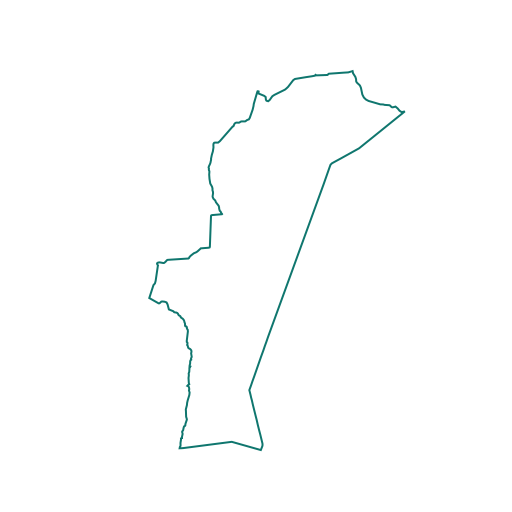 North-Eastern, Natural Earth projection, rotated 20°
{"feature_id": "KEN-893", "entity_name": "North-Eastern", "entity_type": "Province", "adm_level": 1, "iso_a3": "KEN", "parent_name": "Kenya", "parent_adm1": "", "projection": "natural_earth1", "projection_center": [39.831, 1.103], "detail": "fine", "context": "isolated", "style": "outline", "palette": "teal", "viewbox_px": 512, "rotation_deg": 20, "n_neighbors": 0, "source": "natural_earth", "source_scale": "10m", "svg_char_len": 5207}
<svg xmlns="http://www.w3.org/2000/svg" viewBox="0 0 512 512"><g transform="rotate(20 256 256)"><path d="M283.5,49.2L284.7,51.1L288.1,53.7L289.5,55.5L290.4,57.6L291.0,58.2L292.0,58.8L294.7,59.9L295.6,60.5L297.1,62.1L300.7,67.9L303.2,70.2L305.9,71.4L308.8,71.8L314.6,71.4L320.9,71.0L323.7,70.1L325.2,70.0L329.7,68.7L330.6,68.8L332.0,69.5L332.8,69.7L333.7,69.5L336.0,67.9L338.7,68.9L341.2,70.4L343.7,71.0L346.4,69.2L341.7,77.0L337.0,84.8L332.3,92.6L327.6,100.4L324.7,105.2L321.8,110.0L318.9,114.8L316.0,119.6L311.4,124.9L306.8,130.2L302.2,135.5L297.5,140.8L295.6,143.0L294.8,144.8L294.8,148.3L294.9,156.7L295.0,165.4L295.0,170.2L295.0,177.2L295.0,184.1L295.0,191.0L295.0,197.9L295.0,206.0L295.0,214.2L295.0,222.3L295.0,230.4L295.0,238.5L295.0,246.7L295.0,247.8L295.0,254.8L295.0,262.9L295.0,271.0L295.0,279.2L295.0,287.3L295.0,295.4L295.0,303.5L295.0,311.7L295.0,319.8L295.0,327.9L295.1,333.2L295.1,337.6L295.2,342.0L295.2,349.1L295.3,356.1L295.4,363.2L295.5,370.2L295.5,374.8L295.6,379.4L295.6,384.3L297.1,386.5L298.5,388.6L299.9,390.8L301.4,392.9L304.1,397.1L307.0,401.4L310.1,406.0L312.7,409.8L315.4,414.0L318.3,418.3L321.2,422.5L324.0,426.7L326.2,430.0L326.8,431.4L327.0,432.6L326.9,436.7L296.9,438.9L296.6,439.0L253.1,461.5L250.0,462.8L249.8,461.6L249.8,461.2L250.0,460.5L249.8,459.6L249.0,457.6L248.3,454.0L247.9,453.1L248.1,452.9L248.4,452.4L248.7,452.3L248.3,451.3L247.9,448.3L247.6,447.8L247.0,447.0L246.7,446.4L246.7,445.9L247.0,445.2L247.1,444.7L246.7,441.8L246.7,440.7L246.9,440.5L247.1,440.3L247.4,439.9L247.5,439.4L247.4,439.3L247.1,437.6L247.0,433.4L246.5,432.5L245.8,431.6L245.3,430.9L243.0,425.2L242.7,424.7L242.5,424.0L242.1,419.8L241.5,417.5L241.2,415.0L240.9,409.5L240.3,407.0L239.0,405.3L238.8,403.9L238.1,402.6L237.2,401.6L235.9,401.5L236.4,400.3L236.7,399.8L237.1,399.3L236.3,398.3L234.3,393.7L233.9,391.9L233.6,390.8L232.9,389.4L232.9,388.1L232.9,387.7L232.0,384.7L231.7,384.1L231.9,383.6L232.0,383.2L232.1,382.3L231.7,382.3L231.3,382.4L231.1,381.7L230.9,379.7L230.2,377.5L230.1,376.5L230.6,375.6L230.1,375.0L230.0,374.0L230.1,373.0L230.0,372.6L228.3,369.6L228.2,368.5L227.9,367.5L227.4,366.8L226.7,366.3L225.8,365.9L224.3,365.7L223.7,365.4L223.4,365.0L222.0,363.0L221.7,363.0L221.6,362.0L221.4,361.2L221.0,360.7L220.4,360.5L220.0,359.6L217.8,350.2L217.1,348.7L216.1,348.0L215.9,347.8L215.4,346.6L215.1,346.3L214.6,346.0L213.8,346.2L213.2,345.8L212.5,344.0L212.2,343.5L211.5,342.8L210.9,341.8L210.2,341.0L209.3,340.4L208.6,340.0L206.6,339.5L206.3,339.4L206.1,339.0L205.8,338.7L205.3,338.4L203.7,338.1L203.0,337.6L202.5,337.0L201.6,336.5L200.4,336.4L199.3,336.7L198.3,336.8L197.3,336.2L192.4,336.0L189.5,331.8L188.8,331.1L188.5,331.0L188.3,330.7L188.0,330.3L187.6,330.2L185.9,330.2L184.1,330.6L183.2,330.9L182.6,331.3L182.2,332.1L181.8,332.9L181.4,333.5L180.7,333.8L170.1,332.0L169.6,318.5L169.7,318.1L170.1,317.1L170.3,316.7L170.4,316.2L170.2,313.7L167.1,298.6L167.1,298.4L166.9,298.3L165.9,297.4L165.7,297.2L165.6,296.9L165.6,296.5L165.9,296.1L166.1,295.8L166.3,295.7L167.2,295.1L167.5,295.0L167.8,294.9L171.3,294.3L171.5,294.2L171.8,294.1L172.0,293.9L172.2,293.7L173.0,292.3L173.7,290.5L173.8,290.3L174.0,290.1L174.2,289.9L174.6,289.7L193.3,281.5L193.5,281.2L193.7,280.9L193.8,280.0L194.0,279.4L194.6,278.0L196.2,275.4L196.9,274.4L198.2,273.3L198.8,272.6L199.5,271.6L201.4,268.0L201.5,267.7L208.3,264.6L209.0,264.2L209.5,263.8L209.5,263.2L209.4,262.8L200.1,234.0L200.0,233.3L200.3,232.9L200.9,232.5L209.7,228.4L209.8,228.2L209.7,228.1L208.5,227.4L208.3,227.2L208.1,226.9L207.7,226.5L207.5,226.3L206.9,226.1L206.7,226.0L206.4,225.8L205.2,224.1L204.9,223.5L204.8,223.2L204.7,222.9L204.3,222.4L204.0,221.9L203.6,221.5L200.1,219.3L199.7,218.9L198.9,218.0L198.7,217.8L197.9,217.4L196.5,216.8L196.3,216.6L196.1,216.4L195.3,215.6L195.1,215.3L194.9,215.0L194.8,214.7L194.2,211.8L193.7,210.6L193.4,210.1L192.8,209.4L192.7,209.1L192.5,208.8L192.1,207.6L191.4,206.5L191.3,206.3L190.4,205.4L188.6,203.9L188.2,203.5L185.9,199.4L184.2,195.6L183.4,192.8L183.1,192.2L182.8,191.8L182.5,191.6L182.4,191.4L182.2,191.1L181.9,190.1L181.8,189.8L181.6,189.6L181.2,189.1L181.1,188.5L181.1,187.5L181.3,185.4L181.3,183.8L181.2,183.4L180.9,181.1L180.8,180.7L180.5,180.1L179.9,176.1L179.7,172.5L178.9,168.5L178.1,166.6L177.8,165.6L177.7,165.2L177.8,164.7L177.8,164.3L178.0,163.9L178.6,163.5L181.6,162.4L182.8,160.4L189.8,142.3L190.1,142.1L190.4,141.8L190.5,140.5L190.5,139.6L190.6,139.1L190.8,138.6L191.2,138.0L191.5,137.7L191.8,137.5L192.3,137.2L193.8,136.8L194.3,136.5L194.6,136.4L194.8,136.2L195.6,135.1L196.0,134.7L196.6,134.4L199.4,133.4L199.9,133.1L200.2,132.7L200.9,131.6L201.2,131.2L202.4,130.2L202.6,130.0L202.7,129.3L202.9,128.3L202.8,119.7L202.4,116.1L201.9,113.8L201.1,101.7L201.1,100.7L201.4,100.5L202.2,100.5L202.4,101.2L201.9,102.4L208.9,102.7L210.7,103.3L211.1,104.1L211.4,104.9L211.9,105.8L212.8,106.5L214.5,106.4L215.5,104.7L216.7,100.3L218.2,98.3L221.9,94.4L226.3,89.8L227.3,88.1L228.3,86.1L229.8,81.3L230.9,77.9L232.1,76.3L236.9,73.6L241.7,70.9L247.2,67.9L249.7,66.4L250.0,66.1L249.9,65.7L250.0,65.4L250.5,65.5L250.9,65.6L251.0,65.6L256.7,63.3L261.1,61.5L261.4,61.2L261.8,60.2L262.1,59.8L269.3,56.6L275.3,53.9L279.9,51.9L283.5,49.2Z" fill="none" stroke="#0f766e" stroke-width="2"/></g></svg>